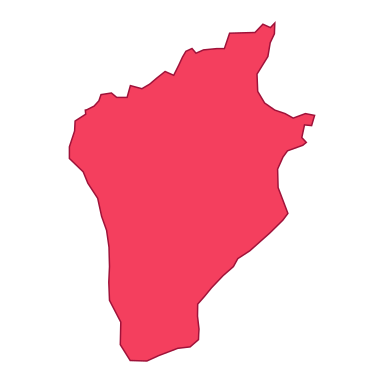 the district of Potamitissa, Limassol, Cyprus
{"feature_id": "46923920B84846265665019", "entity_name": "Potamitissa", "entity_type": "district", "adm_level": 2, "iso_a3": "CYP", "parent_name": "Cyprus", "parent_adm1": "Limassol", "projection": "robinson", "projection_center": [32.989, 34.901], "detail": "fine", "context": "isolated", "style": "filled", "palette": "rose", "viewbox_px": 384, "rotation_deg": 0, "n_neighbors": 0, "source": "geoboundaries", "source_scale": "gbopen_adm2", "svg_char_len": 1123}
<svg xmlns="http://www.w3.org/2000/svg" viewBox="0 0 384 384"><path d="M274.8,23.0L270.4,27.6L262.9,24.2L255.0,32.5L229.6,33.2L224.4,48.6L216.8,48.6L203.5,49.9L196.0,53.2L192.0,48.5L185.9,51.3L182.5,57.1L178.8,65.1L173.7,75.3L165.1,71.5L156.9,78.0L149.6,84.2L141.9,88.7L130.4,85.6L127.1,97.4L116.7,97.4L111.4,93.0L101.0,94.6L98.9,100.8L94.1,106.1L86.7,109.8L85.3,110.1L85.7,114.2L75.1,121.0L74.6,131.0L69.4,146.8L69.4,158.5L83.2,171.8L87.9,183.3L97.7,198.3L101.6,216.3L106.6,230.4L109.0,247.2L109.5,266.6L108.8,282.2L109.5,300.4L120.8,322.1L120.3,344.7L130.2,360.5L146.9,361.0L158.7,355.6L177.0,348.6L177.8,348.3L190.1,346.9L198.5,339.6L198.7,334.0L199.0,329.1L197.5,316.2L197.7,304.1L204.4,296.5L211.5,287.8L213.3,285.9L223.1,275.6L233.4,266.6L237.8,258.6L249.8,250.8L259.9,241.8L270.0,232.8L282.8,220.2L287.9,213.4L278.1,187.6L277.6,169.1L283.0,157.0L287.5,150.8L302.8,145.3L306.3,142.4L301.8,137.6L304.5,124.9L311.6,125.6L314.6,115.4L305.4,113.6L293.2,118.1L285.1,113.6L274.8,110.1L264.6,103.0L257.7,91.4L257.0,74.1L267.9,56.5L270.2,42.7L274.4,33.8L274.8,23.0Z" fill="#f43f5e" stroke="#9f1239" stroke-width="1.5"/></svg>